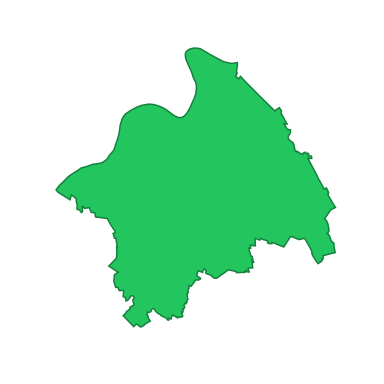 Thuan Thanh, Bắc Ninh, Vietnam, rotated 330°
{"feature_id": "81297802B75512670100174", "entity_name": "Thuan Thanh", "entity_type": "district", "adm_level": 2, "iso_a3": "VNM", "parent_name": "Vietnam", "parent_adm1": "Bắc Ninh", "projection": "equal_earth", "projection_center": [106.073, 21.039], "detail": "fine", "context": "isolated", "style": "filled", "palette": "green", "viewbox_px": 384, "rotation_deg": 330, "n_neighbors": 0, "source": "geoboundaries", "source_scale": "gbopen_adm2", "svg_char_len": 5937}
<svg xmlns="http://www.w3.org/2000/svg" viewBox="0 0 384 384"><g transform="rotate(330 192 192)"><path d="M303.3,276.8L308.5,277.1L308.4,274.1L308.3,264.3L308.4,263.0L308.6,261.5L309.5,261.6L310.0,260.4L310.2,259.2L310.4,255.6L307.9,255.8L308.2,245.3L308.1,244.1L308.5,239.6L308.7,233.8L309.2,220.9L312.5,222.8L313.4,220.7L312.3,220.1L311.5,219.5L311.1,218.7L311.2,218.3L311.9,218.1L311.9,216.4L310.4,216.2L310.1,214.2L309.7,214.1L309.2,214.4L308.6,214.4L307.8,213.8L307.2,214.7L304.5,212.6L304.8,211.9L303.6,209.6L303.3,209.6L302.9,209.8L302.3,208.8L302.6,208.3L301.8,207.6L302.7,205.6L303.5,203.1L303.9,202.1L304.1,200.7L303.9,199.1L303.7,198.6L303.3,198.2L302.8,197.3L302.5,196.4L302.2,194.5L302.2,193.5L302.5,192.9L303.5,191.9L304.2,191.3L306.0,190.5L307.7,188.7L308.1,187.9L308.4,187.4L308.2,187.2L306.0,185.5L305.9,185.2L305.9,183.8L305.9,183.2L305.9,178.9L308.3,180.7L308.5,172.0L308.4,168.8L308.6,168.2L308.8,167.8L309.8,166.8L310.1,166.4L310.1,166.0L309.7,162.6L308.8,162.6L305.6,162.9L304.3,163.3L298.7,143.3L294.2,126.2L293.8,124.9L292.6,119.6L291.8,116.1L289.1,117.4L288.2,114.9L287.6,113.4L289.9,112.3L289.9,111.5L290.5,111.3L290.8,111.1L290.9,110.9L290.7,109.9L291.3,109.1L292.5,107.7L294.5,105.3L296.0,102.6L291.5,100.9L290.5,100.3L289.5,99.6L284.6,95.0L283.0,92.6L282.5,91.6L280.9,89.4L279.2,86.5L276.0,81.2L271.6,73.4L270.9,72.3L269.1,70.5L267.7,69.6L265.4,68.2L262.8,67.4L261.6,67.2L260.4,67.0L258.6,67.2L257.1,67.6L256.6,67.9L255.8,68.5L255.2,69.2L254.2,71.0L253.5,72.7L253.0,74.8L252.4,79.9L251.8,86.6L251.0,90.7L250.5,92.7L250.1,96.1L250.0,98.7L249.7,100.2L249.2,101.5L247.9,104.1L244.3,108.9L240.1,112.5L239.7,112.7L231.0,119.0L228.0,120.6L225.8,121.7L223.0,122.3L221.1,122.4L220.2,122.2L219.7,122.0L218.6,121.4L217.8,120.9L217.3,120.4L216.7,119.8L214.6,116.6L213.9,115.1L211.1,108.4L209.7,105.8L208.5,104.0L206.9,101.8L203.7,98.2L202.3,96.9L198.8,94.4L194.0,92.6L192.1,91.9L190.3,91.5L187.4,91.0L184.2,90.8L179.0,90.7L173.6,91.2L171.1,92.0L167.9,93.9L164.6,96.9L162.8,98.7L161.5,100.6L158.4,104.4L157.1,105.9L152.8,110.0L149.6,112.6L147.3,114.9L145.4,116.5L145.0,116.8L143.4,117.3L141.1,118.2L140.1,118.5L139.2,118.6L136.2,120.4L134.5,121.1L132.4,121.4L129.5,121.6L127.9,121.5L126.5,121.0L121.8,119.3L120.6,118.6L119.4,118.3L114.9,117.5L112.5,117.0L108.1,115.8L104.5,116.1L95.8,116.5L91.8,117.0L85.9,118.7L80.0,120.1L75.3,122.2L75.9,125.4L78.7,130.6L81.8,136.5L82.6,137.8L86.1,134.1L88.0,138.8L88.4,140.1L87.4,141.7L86.4,144.5L86.1,145.9L85.9,146.3L84.5,148.1L84.2,148.7L83.9,149.7L85.1,150.8L85.6,151.4L85.8,152.3L85.8,154.4L86.1,154.5L86.6,154.5L87.6,153.9L87.9,153.4L88.4,152.7L88.7,151.6L89.2,150.5L89.6,149.9L89.8,149.6L90.3,149.8L90.6,150.0L90.6,151.9L90.7,152.4L95.2,154.2L94.5,158.9L94.6,159.2L94.8,159.5L97.5,161.5L97.4,161.8L96.0,165.4L105.5,172.7L105.2,178.2L105.2,180.2L105.6,185.3L105.8,186.8L105.1,189.0L103.0,188.4L101.7,193.2L103.0,193.8L99.7,202.3L99.2,202.0L96.9,206.3L94.0,210.9L93.1,211.5L92.2,211.9L82.9,214.6L87.9,224.5L83.5,224.8L79.7,230.3L79.4,231.1L78.3,236.1L78.3,236.5L80.2,237.7L79.7,240.3L79.7,240.7L79.8,241.0L83.3,242.9L83.5,243.2L83.5,243.4L80.0,248.2L81.6,250.0L80.4,253.4L82.1,253.6L82.8,253.5L84.1,252.9L84.5,252.7L87.5,251.7L88.1,251.7L88.6,251.9L88.9,252.4L89.1,252.9L89.2,254.3L89.0,254.9L88.7,255.2L87.7,255.3L86.8,255.9L86.4,256.7L86.2,257.4L85.8,259.4L85.3,260.3L85.1,260.8L84.6,261.0L80.8,260.7L80.5,260.8L80.3,261.5L79.8,262.3L77.9,262.5L75.2,262.9L74.0,263.8L71.8,264.3L70.6,264.7L74.2,279.5L77.6,278.5L78.5,279.3L78.7,280.2L79.1,280.8L79.2,282.0L80.2,283.4L82.7,283.5L83.9,283.4L85.2,282.9L91.4,282.9L91.1,279.3L91.6,278.0L92.1,276.4L91.6,276.1L91.7,275.8L93.5,273.8L94.4,274.8L95.4,275.0L96.3,275.1L97.2,274.6L98.0,273.8L98.5,273.5L99.3,273.4L100.1,273.7L100.8,273.7L100.8,276.1L100.9,276.9L101.7,280.1L103.0,281.8L103.2,282.6L103.4,283.5L103.9,284.4L104.6,285.5L107.2,289.0L106.6,290.0L107.4,291.1L107.8,291.3L108.8,289.7L110.3,291.6L113.5,288.5L116.7,293.9L117.8,293.3L119.4,294.8L119.7,294.9L121.9,295.0L123.0,290.7L124.0,291.5L124.5,291.1L125.3,288.8L126.0,289.4L128.3,287.8L128.3,286.2L128.6,285.9L130.3,284.9L130.8,285.8L132.6,284.9L132.5,284.0L134.8,282.9L135.7,279.9L137.5,277.2L138.2,277.4L138.9,276.7L138.6,276.1L141.1,273.6L141.5,273.6L142.5,271.6L142.9,272.3L144.2,273.2L151.4,270.0L152.4,270.8L153.5,271.4L154.2,271.6L155.3,271.5L156.0,271.4L156.3,271.0L156.2,270.8L154.2,267.0L157.8,263.3L161.0,266.9L161.3,266.0L161.6,265.8L162.1,265.7L164.7,265.0L164.8,266.6L164.7,267.3L164.2,268.1L163.5,268.8L163.5,269.0L163.5,269.5L163.6,269.9L164.0,270.4L165.7,272.2L166.6,273.4L167.0,274.5L167.6,276.7L167.9,277.3L169.4,278.6L170.4,279.0L175.5,278.5L178.6,278.3L182.2,277.8L184.6,277.6L190.7,283.1L190.1,284.0L192.9,285.6L195.6,286.9L197.4,288.0L197.8,288.1L198.2,286.9L199.3,287.0L199.4,288.3L201.2,289.8L201.4,289.1L201.8,289.2L202.0,286.6L203.4,286.6L204.6,286.9L206.6,288.1L208.8,283.2L210.3,283.7L210.4,282.5L209.4,281.4L209.8,280.7L210.9,281.0L211.9,277.8L211.0,277.1L212.4,271.4L213.0,269.8L213.1,269.2L214.7,270.1L215.9,267.3L219.9,270.3L221.4,267.6L223.1,264.3L223.6,263.8L226.7,267.6L228.3,266.6L229.5,268.5L231.7,270.6L233.1,272.1L232.1,273.6L232.3,274.2L232.8,275.1L235.4,276.7L236.1,275.7L238.5,278.3L239.3,279.7L242.2,283.3L244.0,285.5L248.1,283.4L255.2,279.8L257.1,281.8L260.6,286.4L261.2,286.9L262.0,287.0L266.3,288.5L266.4,293.8L266.3,299.1L266.2,302.3L266.0,303.3L265.0,305.4L264.8,306.3L264.7,307.8L264.8,309.9L265.0,313.6L265.3,317.0L266.7,317.0L269.8,316.8L270.1,316.0L271.4,315.9L271.6,314.9L272.6,315.0L273.0,314.0L273.4,312.7L279.4,314.2L285.7,316.1L286.1,314.8L287.1,311.9L288.2,309.3L289.1,307.8L289.2,307.4L289.1,306.7L288.4,305.1L288.3,304.0L288.3,302.9L288.7,301.4L289.2,298.5L289.1,297.6L288.4,295.4L289.7,295.2L290.3,294.8L290.9,294.2L291.5,293.5L292.0,292.6L292.3,291.9L292.7,290.6L293.0,289.5L293.6,288.1L293.9,286.8L294.0,285.9L294.1,284.2L293.5,281.5L303.3,276.8Z" fill="#22c55e" stroke="#15803d" stroke-width="1.5"/></g></svg>